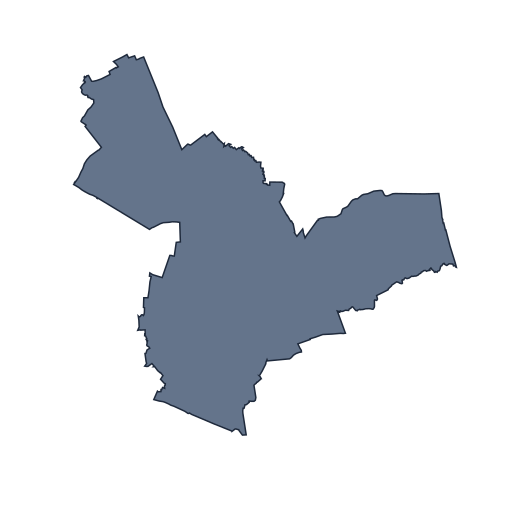 outline of Groningen, Groningen, Netherlands, rotated 279°
{"feature_id": "6326949B19731519413910", "entity_name": "Groningen", "entity_type": "district", "adm_level": 2, "iso_a3": "NLD", "parent_name": "Netherlands", "parent_adm1": "Groningen", "projection": "albers", "projection_center": [6.605, 53.21], "detail": "fine", "context": "isolated", "style": "filled", "palette": "slate", "viewbox_px": 512, "rotation_deg": 279, "n_neighbors": 0, "source": "geoboundaries", "source_scale": "gbopen_adm2", "svg_char_len": 6065}
<svg xmlns="http://www.w3.org/2000/svg" viewBox="0 0 512 512"><g transform="rotate(279 256 256)"><path d="M135.6,280.4L137.3,279.1L138.3,277.8L138.3,278.1L143.3,280.1L151.2,282.6L151.7,282.3L155.4,283.1L154.2,283.8L159.7,305.3L161.2,306.8L163.9,308.5L165.9,310.8L167.6,313.8L168.3,315.9L169.9,315.5L172.1,313.6L175.8,311.1L182.0,322.6L182.7,322.3L185.2,327.5L188.9,334.2L190.8,343.3L192.8,351.4L193.1,354.3L193.7,356.4L214.4,344.9L214.2,346.2L213.5,347.1L213.5,347.6L214.7,347.6L215.0,347.8L214.6,349.4L215.0,350.5L216.4,352.8L216.7,356.0L218.2,356.4L219.1,357.7L220.6,358.6L220.8,359.1L220.9,359.4L220.3,360.2L217.8,363.0L217.8,364.4L218.1,364.3L219.6,366.9L219.2,367.3L219.7,369.0L219.8,369.8L221.0,372.5L221.6,375.4L221.8,377.1L221.6,379.3L221.8,380.0L223.6,380.8L224.8,380.9L230.8,379.9L231.3,380.3L231.0,382.1L231.6,382.5L232.6,382.7L235.8,381.3L243.3,391.8L244.4,391.9L247.6,394.5L248.3,394.5L252.5,399.0L252.2,400.8L252.2,401.2L251.8,401.8L251.6,402.5L251.4,404.1L251.6,404.6L252.1,404.9L254.9,404.0L255.4,404.5L255.4,405.3L255.6,405.7L257.0,406.1L257.8,406.8L257.3,408.4L257.4,409.0L258.2,410.7L260.4,412.9L260.4,414.3L260.9,415.4L261.2,417.1L262.5,419.1L263.9,420.1L264.7,421.4L266.0,421.8L266.4,422.8L267.8,423.9L268.2,425.7L267.6,426.8L268.3,427.9L269.0,430.1L269.4,430.1L269.8,429.4L271.5,430.6L271.3,431.1L270.1,431.9L269.2,433.7L267.8,434.8L267.9,435.4L268.7,435.8L268.3,437.5L269.5,437.9L270.1,439.2L270.3,439.4L272.1,439.8L274.8,440.0L275.4,441.0L277.5,441.9L278.2,442.9L278.0,443.3L277.3,443.4L277.1,444.2L276.5,445.6L276.7,446.2L278.5,447.9L278.8,451.7L277.1,452.6L277.5,454.1L277.1,454.8L276.4,454.9L276.2,455.7L279.0,454.5L279.4,453.9L279.9,454.1L295.9,446.2L311.5,439.4L311.3,439.0L317.9,436.3L317.6,435.8L320.9,434.6L321.1,434.8L323.2,433.6L329.9,432.0L346.3,426.8L343.6,412.5L339.5,384.0L338.9,381.4L336.7,377.9L336.0,376.5L335.7,375.3L335.8,374.2L336.5,373.1L339.3,371.2L340.3,370.2L340.2,368.4L338.5,362.2L335.0,356.7L333.6,352.5L332.5,350.9L328.4,347.4L328.0,345.3L326.5,342.8L324.9,341.6L319.5,338.9L318.4,337.7L316.3,334.5L315.3,334.0L311.0,333.3L307.9,330.0L306.8,327.3L305.5,319.7L303.2,313.7L302.0,311.7L301.1,312.0L300.6,311.0L284.0,302.6L281.5,301.6L287.1,298.8L287.7,298.9L290.0,297.9L281.8,293.3L285.1,290.2L285.6,290.6L293.6,287.7L293.8,287.3L296.1,285.6L295.6,284.9L301.1,280.5L300.9,280.2L313.1,270.6L314.5,271.5L318.4,272.8L320.9,273.3L320.8,273.2L326.8,272.9L331.5,273.1L332.3,272.4L332.3,271.7L332.9,270.9L333.0,270.3L331.2,258.1L328.0,258.5L327.9,256.4L328.5,256.2L328.4,255.2L329.1,255.1L328.9,252.0L329.5,251.5L331.4,251.2L331.7,253.2L334.0,253.0L333.9,252.1L336.5,251.7L336.5,251.1L337.8,251.1L337.8,250.1L339.8,250.2L339.8,250.7L340.1,250.7L340.8,250.5L340.8,249.1L342.2,249.1L342.2,249.5L343.8,249.4L343.7,247.0L345.6,246.4L349.4,246.2L349.3,244.5L348.6,241.7L350.1,241.0L349.7,240.1L351.0,239.5L350.7,238.8L353.1,238.1L352.6,236.4L353.9,235.8L353.8,235.5L354.3,235.3L353.9,234.3L355.3,233.6L354.8,232.6L356.4,231.7L357.8,229.4L357.3,228.7L358.8,227.1L358.1,226.2L359.6,225.1L361.1,226.6L361.6,225.6L361.6,224.6L359.7,222.7L360.2,222.1L358.0,219.9L359.9,217.9L358.8,216.8L360.3,214.9L359.3,214.0L360.7,212.2L362.3,213.6L362.7,211.3L359.7,208.8L360.2,208.2L359.0,207.1L362.2,207.1L361.6,206.6L361.6,206.1L363.5,203.6L363.3,203.4L365.3,201.1L364.8,200.7L365.3,200.2L365.6,200.5L366.4,199.4L366.6,199.5L371.8,193.6L366.1,188.3L368.1,186.4L355.4,174.2L355.3,173.5L355.9,171.3L355.8,171.0L349.4,166.1L370.2,153.6L388.6,140.8L402.0,133.8L435.0,113.9L433.2,110.6L431.9,108.9L431.1,107.1L434.7,104.8L431.8,99.2L434.8,97.0L431.5,92.8L425.8,84.8L423.5,88.1L421.3,90.4L419.9,88.6L420.3,88.2L415.3,82.0L412.5,83.5L406.7,75.5L404.4,71.2L403.0,67.7L402.9,66.3L408.1,62.3L407.5,60.7L406.0,60.0L406.5,58.5L405.8,58.3L405.5,59.1L402.1,58.2L402.2,58.7L401.6,59.9L400.7,59.4L400.4,60.0L398.3,58.0L394.9,56.3L392.9,58.3L391.5,58.0L390.5,58.2L389.2,59.3L388.4,61.1L388.1,62.3L388.5,63.5L388.3,64.5L388.0,64.8L386.9,64.8L386.2,65.5L386.5,65.9L386.5,66.5L385.3,68.9L385.1,71.1L381.8,71.9L377.4,69.8L374.1,67.1L367.4,64.6L365.5,63.1L361.8,62.0L361.2,62.5L358.9,67.6L358.5,67.7L357.3,66.9L339.2,86.3L336.1,84.3L335.8,83.6L328.8,76.6L324.5,73.9L320.3,72.1L315.3,71.3L311.6,70.0L305.9,68.5L301.7,66.5L301.2,66.1L301.3,65.8L300.3,65.3L300.2,65.7L298.2,64.7L298.0,65.2L297.8,65.3L297.7,65.9L295.8,70.6L294.1,73.6L292.8,76.8L292.7,77.0L292.8,77.1L292.3,78.2L291.0,82.0L290.4,85.5L288.9,89.6L288.2,89.7L287.9,90.6L288.4,90.8L288.1,91.6L265.6,146.7L267.6,148.7L268.4,150.3L272.9,156.4L274.4,159.2L275.7,164.9L276.7,168.0L277.2,172.0L277.3,175.4L258.1,179.1L257.0,175.1L243.2,175.3L243.0,174.0L243.3,172.0L243.1,170.8L220.0,166.7L221.4,156.9L222.7,153.8L219.4,153.9L219.3,155.7L213.8,155.3L204.8,155.8L197.9,155.8L197.2,151.7L187.6,152.9L187.4,154.0L182.6,154.6L180.8,154.5L179.6,154.1L180.2,152.9L180.0,152.2L179.2,151.6L178.4,151.4L177.5,150.2L178.3,149.1L174.1,150.4L167.6,151.7L164.1,150.8L164.9,153.1L164.7,153.5L165.7,158.0L161.7,158.8L161.7,158.3L159.8,158.5L159.8,159.4L157.0,161.2L156.5,160.5L155.2,161.5L155.3,162.1L154.5,162.1L154.1,161.7L153.2,162.1L151.0,162.0L150.2,162.5L149.6,164.2L148.3,165.5L146.2,163.1L142.7,162.5L142.4,162.3L142.3,161.6L134.4,164.0L132.8,164.8L129.8,163.3L129.8,165.3L130.1,166.6L133.5,170.0L131.3,172.6L130.6,172.0L130.8,173.3L127.4,176.8L125.6,179.7L125.9,180.0L123.3,182.8L119.3,181.0L115.4,186.0L115.6,186.4L114.1,186.5L113.5,186.0L112.9,185.9L111.0,186.5L111.5,184.3L109.2,183.7L109.2,183.1L107.2,183.3L106.6,180.6L107.1,179.8L98.2,177.5L97.6,183.0L97.6,186.9L97.3,188.8L96.2,192.9L95.3,195.3L94.8,198.3L91.5,210.0L89.9,213.4L90.0,214.3L90.5,214.9L89.5,217.1L83.6,240.8L79.3,259.6L79.0,259.7L81.9,262.5L82.0,263.6L81.7,265.6L81.8,266.1L81.0,266.5L77.0,270.6L77.8,274.3L98.7,267.6L101.1,267.1L103.6,267.1L103.6,267.8L103.9,268.1L107.3,268.4L107.5,269.4L107.9,270.0L110.5,272.2L111.5,271.8L111.8,272.6L111.7,273.8L112.2,276.8L113.4,277.9L116.2,278.0L128.0,274.2L128.9,274.7L130.3,276.1L131.4,276.4L131.6,277.1L134.8,279.7L135.3,279.8L135.6,280.4Z" fill="#64748b" stroke="#1e293b" stroke-width="1.5"/></g></svg>